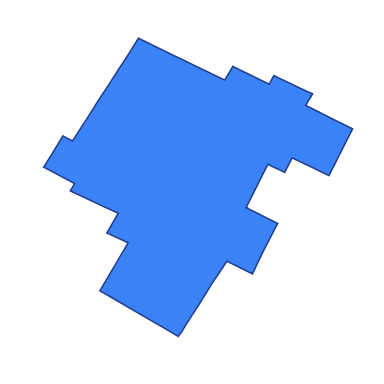 Reviga, Ialomita, Romania (Robinson projection), rotated 8°
{"feature_id": "2599482B66031816974747", "entity_name": "Reviga", "entity_type": "district", "adm_level": 2, "iso_a3": "ROU", "parent_name": "Romania", "parent_adm1": "Ialomita", "projection": "robinson", "projection_center": [27.13, 44.687], "detail": "fine", "context": "isolated", "style": "filled", "palette": "blue", "viewbox_px": 384, "rotation_deg": 8, "n_neighbors": 0, "source": "geoboundaries", "source_scale": "gbopen_adm2", "svg_char_len": 2403}
<svg xmlns="http://www.w3.org/2000/svg" viewBox="0 0 384 384"><g transform="rotate(8 192 192)"><path d="M200.5,333.5L201.5,331.3L204.2,324.9L205.7,321.7L212.1,307.8L213.4,305.2L213.8,304.3L216.5,298.2L218.0,294.7L221.0,288.1L221.5,286.7L222.9,283.7L224.2,280.5L225.3,278.3L226.7,275.3L228.3,272.2L229.6,269.5L230.6,267.3L231.9,264.6L236.2,255.7L263.3,264.7L269.1,246.0L271.5,238.8L278.7,218.4L278.8,217.8L281.3,211.2L279.9,210.8L277.3,209.9L270.5,207.6L264.2,205.5L262.4,204.8L257.7,203.2L252.9,201.7L250.0,200.7L249.3,200.0L248.7,199.8L248.5,200.3L248.3,200.3L247.7,200.1L252.6,185.6L257.8,170.1L263.3,154.1L281.1,159.7L282.1,156.6L286.4,144.3L303.3,149.6L305.4,150.3L307.2,150.8L318.7,154.6L325.4,156.7L325.5,156.2L326.6,153.0L328.4,147.7L328.8,146.7L329.7,144.1L329.8,143.7L332.7,134.9L334.1,131.0L334.1,130.9L338.4,118.2L342.3,107.1L333.8,104.3L332.5,103.9L323.6,101.0L298.0,92.2L292.5,90.4L292.8,89.8L294.4,85.9L297.8,78.0L296.2,77.5L295.1,77.2L295.1,77.3L291.0,76.1L289.4,75.6L287.9,75.1L286.3,74.6L285.9,74.5L285.5,74.4L285.1,74.3L282.0,73.3L278.2,72.1L274.2,70.8L273.3,70.5L262.0,67.0L259.0,66.0L258.4,65.8L256.9,65.3L255.1,69.9L254.5,71.5L253.5,74.5L253.4,74.4L250.8,73.6L250.6,73.6L237.8,69.4L232.1,67.5L215.1,62.0L215.0,61.9L208.8,76.6L208.5,76.5L208.2,76.4L207.5,76.2L206.4,75.8L205.7,75.6L205.0,75.4L202.0,74.4L197.5,73.0L194.6,72.1L191.1,70.9L180.6,67.6L178.8,67.1L178.7,67.0L176.5,66.3L174.4,65.6L169.5,64.0L167.0,63.1L164.7,62.4L162.3,61.6L160.6,61.1L159.0,60.6L158.6,60.5L156.6,59.9L152.4,58.5L149.8,57.7L147.1,56.8L142.9,55.4L139.7,54.4L119.8,47.9L119.6,47.8L117.6,47.1L110.8,62.5L102.8,79.6L102.6,79.9L95.6,95.2L95.5,95.5L87.6,112.0L85.5,116.6L82.3,123.9L77.1,135.4L74.5,141.0L74.4,141.1L73.5,142.9L72.8,144.7L72.3,145.7L71.8,146.7L69.0,152.8L68.9,153.0L67.7,155.6L66.5,158.1L56.4,154.4L47.7,174.5L41.7,188.0L51.5,191.6L68.8,197.9L74.6,200.0L71.3,207.8L71.5,207.9L103.1,217.7L108.1,219.2L121.9,223.3L113.4,244.4L135.8,251.2L129.1,267.5L114.7,302.2L114.5,302.6L114.8,302.8L115.3,303.0L118.3,304.2L122.1,305.7L124.1,306.5L126.1,307.4L127.6,308.0L128.9,308.5L129.5,308.7L131.6,309.6L133.8,310.5L136.5,311.6L138.6,312.4L140.4,313.2L143.4,314.4L145.8,315.4L148.6,316.5L151.9,317.9L155.6,319.4L162.0,322.0L164.8,323.1L165.8,323.5L169.8,325.2L171.9,326.0L173.6,326.7L176.1,327.7L177.5,328.3L177.5,328.2L198.4,336.9L200.5,333.5Z" fill="#3b82f6" stroke="#1e3a8a" stroke-width="1.5"/></g></svg>